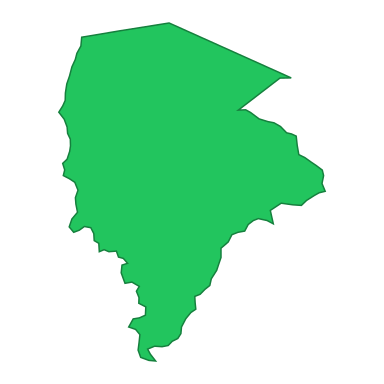 Feira Nova, Sergipe, Brazil (Robinson projection)
{"feature_id": "56859067B67652621374936", "entity_name": "Feira Nova", "entity_type": "district", "adm_level": 2, "iso_a3": "BRA", "parent_name": "Brazil", "parent_adm1": "Sergipe", "projection": "robinson", "projection_center": [-37.332, -10.298], "detail": "fine", "context": "isolated", "style": "filled", "palette": "green", "viewbox_px": 384, "rotation_deg": 0, "n_neighbors": 0, "source": "geoboundaries", "source_scale": "gbopen_adm2", "svg_char_len": 1605}
<svg xmlns="http://www.w3.org/2000/svg" viewBox="0 0 384 384"><path d="M291.2,77.9L169.1,23.0L162.1,24.1L119.9,30.8L81.7,37.2L80.9,46.0L76.9,53.3L75.3,59.5L71.9,66.9L69.5,76.1L66.8,83.9L65.4,93.0L65.2,100.4L62.8,105.8L58.8,112.2L64.2,119.2L67.1,127.0L67.6,133.4L70.3,139.1L70.5,145.9L69.7,151.3L67.1,159.2L62.7,163.4L64.7,169.9L63.3,175.6L69.2,178.6L74.8,182.3L78.0,190.2L75.4,197.7L75.9,204.1L77.5,212.3L71.9,219.0L69.2,226.9L73.7,232.3L79.3,230.2L84.4,226.5L90.8,227.7L93.8,233.6L94.2,240.6L98.8,243.3L99.3,251.7L104.1,249.7L108.9,251.7L116.4,251.1L118.5,257.1L123.3,258.4L127.6,263.3L122.0,265.1L121.2,272.8L123.1,278.1L125.0,283.3L131.9,282.1L139.3,286.4L136.4,291.2L139.0,297.6L138.8,303.3L145.8,306.9L145.4,315.2L139.3,317.9L133.2,318.9L128.7,327.0L135.6,329.4L139.9,334.6L139.1,342.2L138.1,350.1L140.7,357.4L148.9,360.4L155.6,361.0L150.3,354.1L147.6,349.1L154.6,346.2L162.1,346.7L168.2,345.5L172.2,341.3L177.8,338.5L180.9,333.6L181.5,327.0L185.8,318.7L190.9,312.5L195.8,309.2L195.1,302.4L194.8,296.4L200.1,294.3L205.0,289.3L209.8,285.5L211.3,278.8L216.7,270.3L218.6,264.5L221.0,257.5L221.0,248.2L228.2,242.0L231.9,234.7L238.0,232.3L244.7,231.1L248.2,224.5L253.4,220.5L258.3,218.6L267.0,220.5L273.3,223.8L270.3,210.4L281.2,203.2L292.7,204.8L301.4,205.4L306.6,200.4L314.3,195.5L319.1,192.8L325.2,191.3L322.0,183.5L323.6,175.6L322.3,170.1L316.2,165.5L311.3,162.2L305.0,157.7L298.8,154.6L297.2,145.3L296.2,136.1L291.4,133.9L286.6,132.8L280.5,126.5L274.0,122.8L267.9,121.6L259.1,118.9L250.6,112.5L245.7,109.8L238.3,110.1L279.9,78.1L291.2,77.9Z" fill="#22c55e" stroke="#15803d" stroke-width="1.5"/></svg>